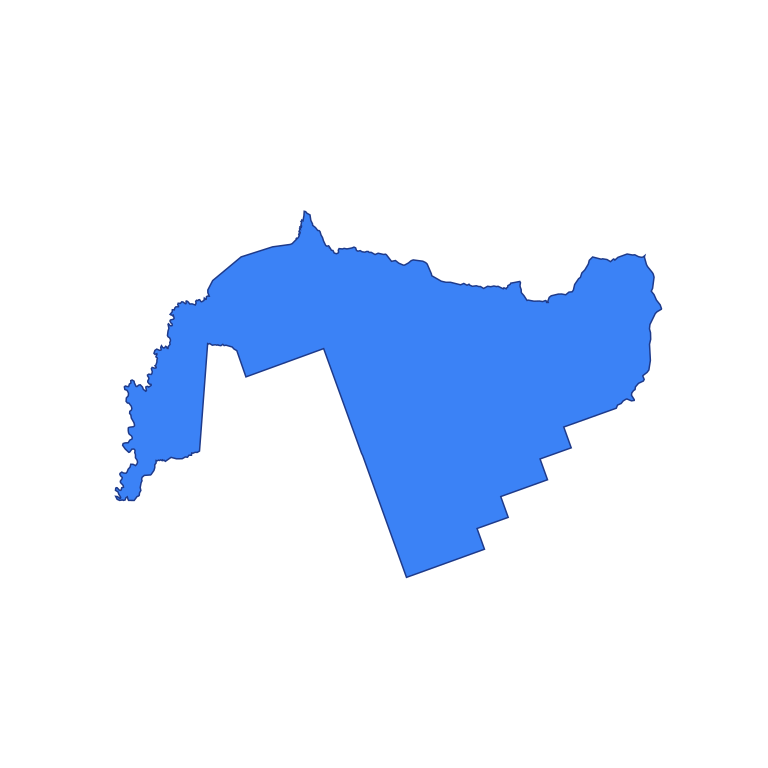 outline of Urumita, La Guajira, Colombia, rotated 340°
{"feature_id": "7082276B37330638753990", "entity_name": "Urumita", "entity_type": "district", "adm_level": 2, "iso_a3": "COL", "parent_name": "Colombia", "parent_adm1": "La Guajira", "projection": "equal_earth", "projection_center": [-73.039, 10.495], "detail": "fine", "context": "isolated", "style": "filled", "palette": "blue", "viewbox_px": 768, "rotation_deg": 340, "n_neighbors": 0, "source": "geoboundaries", "source_scale": "gbopen_adm2", "svg_char_len": 6154}
<svg xmlns="http://www.w3.org/2000/svg" viewBox="0 0 768 768"><g transform="rotate(340 384 384)"><path d="M594.0,486.2L596.2,483.7L600.2,483.4L603.0,481.7L605.9,481.1L607.1,481.1L610.8,484.5L613.5,485.0L613.8,484.2L612.7,479.2L613.8,477.1L616.3,475.5L618.0,475.1L619.3,472.7L623.4,470.4L628.8,469.9L630.1,468.6L629.9,465.0L630.3,464.6L635.1,463.1L637.7,461.4L642.4,452.9L647.1,437.4L649.9,433.2L652.0,426.9L652.3,423.0L654.2,419.1L663.0,410.6L665.3,409.5L670.2,408.6L670.5,408.2L670.6,404.1L668.7,398.3L668.3,392.3L666.9,388.2L669.1,386.0L674.3,376.0L674.6,372.8L674.3,371.1L671.8,363.8L671.5,361.5L672.1,353.7L672.9,352.6L670.9,353.3L669.2,353.0L666.7,351.4L663.9,348.4L661.7,347.8L656.9,345.0L647.1,345.0L643.3,346.5L642.7,345.1L641.9,345.2L638.7,346.5L636.1,343.3L632.2,341.1L630.8,341.0L623.5,336.0L619.2,338.0L617.0,341.2L611.7,345.5L607.9,347.3L605.0,351.0L602.9,351.6L597.2,355.7L594.0,360.6L592.3,361.7L589.2,360.9L585.3,362.3L581.7,360.2L578.4,359.1L571.3,358.3L568.9,359.1L566.2,362.3L566.2,363.5L564.7,363.0L564.8,361.3L564.3,360.8L561.3,360.8L558.4,359.2L553.3,357.5L548.2,354.5L547.0,354.4L545.7,348.8L544.3,345.1L545.2,342.1L545.2,339.2L545.6,337.7L546.9,335.5L546.7,334.1L537.5,332.6L536.6,333.6L534.1,333.9L533.2,335.4L531.9,335.7L531.4,336.3L529.6,334.6L528.6,335.3L524.6,331.2L523.0,330.9L520.8,329.5L517.6,329.1L514.8,327.6L510.3,328.3L507.9,325.3L506.5,324.9L504.4,323.3L500.4,322.4L498.3,320.3L498.0,319.3L495.8,319.6L493.4,316.8L489.9,317.0L481.2,311.1L477.0,309.6L473.0,307.0L465.9,298.6L466.2,296.7L465.6,286.0L464.7,284.2L462.5,281.9L453.9,277.4L451.7,277.4L448.4,278.6L444.0,279.3L442.8,278.9L439.2,275.5L437.0,271.9L433.0,271.3L430.5,263.5L429.9,262.6L427.9,262.1L423.2,259.1L419.9,259.3L417.0,255.9L415.1,255.3L414.5,254.1L413.0,253.5L411.1,253.6L408.7,252.3L407.2,250.5L404.9,250.3L403.8,249.0L403.9,246.4L402.6,245.1L400.4,245.2L395.4,244.4L392.9,242.9L391.2,242.9L388.1,241.4L386.8,242.6L386.4,244.6L385.4,245.3L383.8,245.3L382.0,243.9L381.7,241.1L380.3,240.3L379.9,237.7L379.3,237.2L379.6,236.4L379.2,235.2L377.5,235.0L376.6,233.9L376.1,228.9L376.3,225.4L375.8,222.4L376.0,218.9L375.5,217.7L374.2,217.0L373.1,213.5L371.2,210.5L371.6,209.2L371.2,205.2L372.3,199.8L370.0,197.2L369.3,195.2L368.1,194.4L366.3,198.5L363.7,202.9L362.9,201.8L362.1,203.0L361.6,202.9L361.8,203.9L360.2,206.5L360.6,207.0L360.3,207.9L360.0,208.3L359.6,207.5L359.1,207.5L359.2,208.0L359.0,208.4L358.7,208.1L358.5,209.1L358.3,208.5L358.0,208.7L358.3,209.3L356.3,211.7L357.2,212.7L356.4,213.9L355.8,213.4L354.9,214.6L355.3,215.1L355.2,215.5L353.6,217.0L352.0,217.7L351.6,217.1L351.1,217.5L351.2,218.1L345.7,220.7L343.7,220.8L326.2,217.0L293.2,215.7L258.4,228.2L250.6,235.4L249.7,238.0L249.8,241.7L248.1,241.0L247.1,241.2L245.8,243.6L245.2,243.4L244.5,241.9L243.4,243.9L240.8,244.4L240.0,243.7L239.6,241.7L238.4,241.5L237.6,242.0L236.5,241.2L235.3,241.9L235.1,243.7L233.7,245.2L231.1,243.1L228.9,242.4L227.9,239.6L227.0,238.5L226.3,238.5L225.8,240.3L225.2,240.8L224.6,240.4L223.2,238.2L222.0,237.6L220.3,238.6L218.2,237.7L217.3,238.9L217.6,240.4L217.3,241.1L214.7,240.3L213.3,241.1L212.3,242.6L210.5,241.8L209.6,243.8L206.8,245.4L207.6,246.4L208.3,246.6L208.7,247.6L209.5,247.3L209.3,250.4L208.4,251.1L205.2,250.8L204.4,251.6L204.7,253.7L205.4,255.0L205.2,256.3L204.5,256.7L203.1,256.2L202.1,253.7L201.5,254.0L200.9,258.1L199.2,260.3L197.1,264.4L197.2,265.7L198.3,267.3L198.5,269.0L198.1,270.5L196.9,271.6L196.5,273.6L194.0,275.1L193.2,276.7L192.5,276.4L192.3,274.7L191.8,273.9L190.1,274.9L189.1,274.7L188.5,273.9L188.0,271.9L186.7,273.2L186.4,275.4L185.9,275.9L184.6,275.6L182.4,273.5L180.2,274.1L178.3,276.5L178.9,277.8L180.9,277.8L180.7,278.7L179.1,280.1L179.1,281.0L179.8,281.7L179.8,282.6L178.9,283.6L178.1,285.7L176.2,288.1L175.0,288.5L175.7,290.2L175.5,290.8L174.0,290.8L171.8,289.1L170.6,290.1L170.5,293.2L169.4,294.9L168.5,295.4L166.3,294.3L164.8,294.7L164.6,295.6L165.1,297.5L164.9,298.6L163.0,300.4L162.7,301.5L163.5,303.8L165.0,304.7L164.7,305.7L161.8,306.4L161.2,305.4L159.5,305.1L159.0,305.8L158.5,309.0L157.6,309.3L156.0,306.7L156.0,304.3L154.7,301.4L153.3,301.1L151.0,301.9L150.2,301.5L149.8,297.6L150.1,295.9L148.7,294.1L147.2,294.2L146.5,296.5L144.7,297.0L143.2,299.0L142.6,299.0L140.2,297.4L139.0,297.9L138.6,300.5L140.4,302.1L140.8,305.1L139.7,307.6L137.1,309.0L135.7,312.1L136.4,314.1L137.8,314.8L138.9,318.4L138.7,320.8L137.6,322.2L135.8,322.7L134.9,324.6L135.5,326.6L134.9,329.6L135.8,334.8L135.5,337.4L135.1,338.1L133.7,338.4L130.7,337.7L129.0,337.6L128.6,338.0L127.7,340.4L127.3,342.5L127.4,343.9L129.0,346.5L129.1,348.3L128.4,349.5L125.9,349.8L123.5,351.7L120.6,350.8L118.5,350.7L117.4,352.2L118.6,356.6L120.8,360.9L121.7,361.0L124.8,359.0L126.6,359.5L127.2,360.2L127.3,361.5L126.3,363.2L126.3,365.4L125.2,368.3L125.9,371.0L125.7,373.2L124.4,374.7L122.6,375.7L120.8,373.7L118.6,372.8L117.0,375.2L114.4,376.6L112.5,378.8L111.0,379.6L108.8,378.6L107.5,377.1L105.4,377.7L104.9,378.4L105.0,380.1L106.1,382.3L105.4,383.5L103.0,385.1L102.7,386.5L104.2,390.1L103.9,391.9L102.0,391.8L100.9,393.6L99.9,393.8L98.9,393.1L97.8,390.3L97.1,389.9L96.3,390.1L95.3,392.1L97.1,394.4L97.1,396.9L97.8,400.5L97.3,401.2L96.7,401.2L95.0,398.6L93.4,397.8L93.8,401.1L95.8,403.0L98.5,403.5L99.4,404.3L101.1,404.4L102.6,402.6L104.2,402.2L104.0,405.1L104.2,406.0L109.4,408.0L113.5,405.3L115.2,405.3L116.0,404.8L117.0,402.7L119.1,400.9L119.5,397.9L122.0,393.7L123.5,392.2L123.7,390.5L124.8,388.9L127.5,387.9L133.5,389.6L134.2,389.4L138.2,386.6L140.0,384.2L141.0,381.5L142.8,380.3L143.7,377.9L144.7,378.6L146.1,378.4L146.9,379.1L148.3,378.9L149.1,379.9L149.9,379.6L150.0,380.4L151.2,380.4L152.1,381.9L158.8,380.1L163.4,383.3L168.8,385.2L172.4,384.6L174.3,385.6L176.4,384.2L178.7,385.1L179.7,383.1L180.9,383.7L183.1,383.6L185.2,384.4L187.7,383.9L232.1,285.7L232.8,286.4L234.1,286.4L235.9,288.8L238.9,289.4L240.3,290.4L241.3,290.3L241.9,291.1L243.8,292.2L246.1,291.6L246.9,293.2L248.8,293.5L254.0,297.3L255.0,299.8L257.1,302.3L256.7,330.1L339.4,330.1L339.2,441.4L339.5,444.2L339.0,573.4L421.9,573.6L422.0,551.6L455.1,551.8L455.2,529.7L504.9,529.9L505.0,507.8L538.1,508.0L538.2,485.9L594.0,486.2Z" fill="#3b82f6" stroke="#1e3a8a" stroke-width="1.5"/></g></svg>